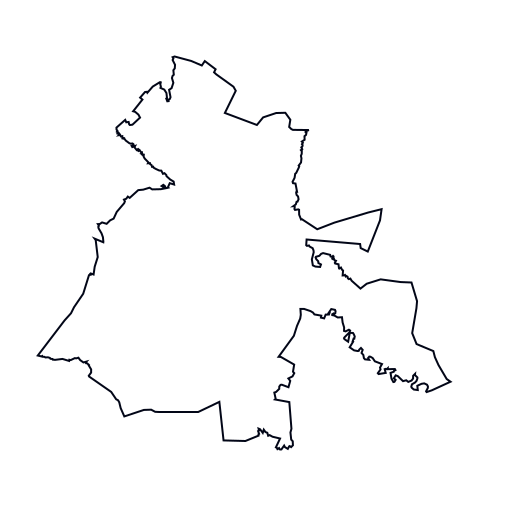 Ayala, Morelos, Mexico (orthographic projection), rotated 276°
{"feature_id": "50627088B86852114099424", "entity_name": "Ayala", "entity_type": "district", "adm_level": 2, "iso_a3": "MEX", "parent_name": "Mexico", "parent_adm1": "Morelos", "projection": "orthographic", "projection_center": [-98.965, 18.698], "detail": "fine", "context": "isolated", "style": "outline", "palette": "ink", "viewbox_px": 512, "rotation_deg": 276, "n_neighbors": 0, "source": "geoboundaries", "source_scale": "gbopen_adm2", "svg_char_len": 6077}
<svg xmlns="http://www.w3.org/2000/svg" viewBox="0 0 512 512"><g transform="rotate(276 256 256)"><path d="M369.1,103.8L367.1,104.1L366.0,105.1L365.1,104.7L364.9,105.4L363.3,105.3L363.1,106.3L363.8,106.8L362.7,107.9L361.9,107.2L362.2,108.2L360.8,109.1L361.2,110.5L359.6,110.7L359.5,111.9L358.9,111.5L358.7,113.0L357.2,114.4L354.9,118.3L354.6,119.6L355.0,121.4L354.4,122.4L353.4,122.8L352.5,120.8L351.4,121.6L352.7,124.2L351.5,123.7L349.0,126.2L350.6,128.2L348.6,127.1L348.4,128.0L347.6,127.7L349.1,129.2L347.2,130.8L347.3,131.7L346.3,131.9L345.8,131.3L345.3,132.8L344.8,132.4L344.4,133.1L344.7,133.8L343.2,133.8L341.3,135.1L337.8,139.3L336.9,138.9L337.2,140.9L336.3,141.1L335.5,142.6L333.8,143.3L334.1,144.4L333.1,145.0L332.1,147.3L330.9,150.8L331.0,152.9L328.0,154.9L328.8,156.3L327.2,158.3L326.0,158.7L323.1,162.7L321.4,166.3L318.5,167.1L319.4,162.6L315.1,161.2L314.8,161.6L314.0,159.3L316.1,158.0L317.1,156.4L315.7,154.8L313.8,158.6L312.5,154.4L311.4,145.8L312.8,143.0L310.2,136.9L309.2,132.0L300.6,124.3L301.7,122.3L299.4,121.0L298.3,118.8L296.7,119.9L294.8,119.4L285.3,112.9L278.3,110.5L276.2,107.2L272.4,104.1L273.3,99.4L271.5,97.3L271.2,95.4L269.6,96.6L268.5,96.1L267.0,96.6L262.4,100.0L258.7,101.8L254.3,102.7L253.7,102.7L256.4,93.7L255.1,94.9L238.4,98.7L228.5,96.7L220.6,96.4L221.4,93.4L221.0,93.0L220.1,93.5L219.5,91.9L200.4,88.1L186.1,80.4L179.7,78.0L172.0,72.4L134.2,49.4L133.7,53.0L134.2,53.8L133.5,54.2L133.6,56.2L133.1,57.1L133.5,59.7L133.1,61.7L132.3,62.3L132.3,64.4L131.7,64.7L131.7,67.0L133.4,74.3L132.1,81.1L133.3,81.2L133.1,82.6L135.5,86.5L135.4,87.9L136.3,90.0L134.1,92.0L132.1,95.5L133.2,98.3L132.4,97.7L131.6,98.2L131.6,99.3L130.3,101.0L130.8,101.7L129.7,101.1L126.0,103.9L122.8,104.2L119.4,102.2L118.7,102.6L105.7,126.2L98.9,131.9L98.1,133.9L96.2,135.3L90.6,137.3L82.7,141.8L91.2,160.6L92.2,167.8L90.5,172.0L90.7,175.4L94.8,214.8L107.1,234.8L69.2,243.0L70.9,264.8L77.6,277.3L78.9,277.1L79.4,277.7L82.1,276.4L82.8,277.2L84.6,276.6L84.1,278.2L80.8,281.2L84.1,281.9L81.9,283.8L81.4,285.7L78.5,286.9L79.3,288.3L78.0,291.3L77.0,299.0L67.8,295.8L67.5,296.7L66.2,297.5L67.4,299.0L66.2,299.7L66.1,300.5L66.3,301.5L70.4,303.8L69.0,304.7L67.5,307.8L70.2,308.9L70.5,309.4L69.6,310.9L71.6,312.5L75.6,311.9L77.1,310.2L84.1,308.7L87.9,309.3L114.2,304.4L115.3,289.9L116.0,290.5L122.1,288.5L122.9,290.2L126.3,293.0L128.6,292.8L130.4,293.9L130.7,295.1L128.9,302.0L135.4,303.1L137.6,301.0L140.1,304.9L143.5,306.3L144.8,304.9L152.0,305.3L158.2,291.3L158.1,289.0L180.6,302.0L190.8,304.1L198.4,306.5L202.2,306.7L208.0,305.7L208.4,309.3L206.9,316.0L205.7,318.6L204.0,320.2L203.5,327.2L201.5,327.0L201.1,330.3L205.0,331.4L205.4,334.7L207.2,335.1L207.2,334.3L211.1,336.4L210.7,340.2L209.4,340.9L207.3,340.8L206.4,339.6L206.9,339.1L206.0,337.9L205.2,338.0L205.0,340.1L203.4,343.7L204.1,347.9L198.9,349.1L194.2,351.1L190.7,351.4L190.4,353.0L192.4,356.1L191.7,357.4L189.8,356.9L184.5,352.6L183.5,352.1L182.6,352.6L180.4,356.6L189.4,357.3L189.6,360.5L188.3,361.5L186.3,362.6L184.1,362.4L184.1,361.7L181.0,361.0L180.8,361.5L175.0,358.7L172.4,363.4L172.1,367.3L172.5,368.2L173.6,368.4L175.5,370.0L173.8,371.9L170.6,371.1L168.8,373.1L165.7,374.0L164.6,375.2L164.6,379.4L166.3,378.2L167.8,379.2L167.8,380.3L166.7,382.7L163.7,385.2L161.7,392.6L158.0,391.0L156.2,391.7L152.2,389.4L151.4,390.3L153.3,397.2L156.9,395.8L157.3,396.7L157.1,397.8L158.1,398.7L157.2,398.7L158.1,405.9L157.1,406.6L156.2,405.3L155.3,405.1L153.8,402.0L148.1,403.6L145.0,405.8L145.3,406.8L147.4,407.8L148.8,405.9L151.9,407.4L151.4,409.5L146.9,415.3L148.1,418.4L146.7,420.6L148.4,423.7L150.5,425.0L153.3,424.8L155.4,426.5L154.2,426.5L152.1,429.2L151.0,429.3L148.6,428.7L146.8,427.4L144.7,424.5L142.2,424.1L141.3,424.6L139.7,426.9L139.6,430.9L143.8,430.0L146.2,434.0L146.9,436.6L145.9,439.5L144.3,440.6L142.8,440.7L139.2,439.3L138.5,439.9L140.8,444.9L151.3,462.6L153.6,458.5L166.6,448.9L174.1,444.5L180.0,442.3L185.2,424.9L195.6,419.4L220.8,421.0L227.9,420.9L245.9,413.4L245.2,402.6L245.8,382.4L240.0,369.0L234.5,363.3L241.4,353.7L243.4,352.2L242.7,350.8L243.4,349.7L245.0,349.2L245.5,348.1L245.0,347.4L246.4,346.6L247.1,347.2L246.0,345.9L245.7,344.2L250.7,344.1L251.3,343.0L253.4,341.7L252.2,340.1L252.5,339.8L256.4,338.9L256.8,335.5L257.4,335.1L259.6,336.0L259.9,334.6L262.2,333.4L261.0,332.7L261.3,332.1L263.7,333.1L264.1,332.6L263.1,331.8L263.3,330.2L264.9,329.6L265.9,322.4L264.9,320.5L262.8,319.0L261.5,315.7L260.9,315.4L259.2,316.2L257.3,318.4L255.5,318.8L254.4,321.5L251.8,320.9L251.7,316.2L252.6,313.5L258.5,311.9L265.8,313.0L267.6,312.6L269.7,311.5L271.0,308.3L272.0,307.6L271.4,305.6L272.0,304.8L277.7,304.6L278.8,358.3L274.8,359.3L272.1,366.7L304.4,375.6L315.7,376.0L311.0,363.1L297.4,330.5L289.0,314.1L297.4,297.8L297.0,297.0L301.6,294.6L306.5,294.0L306.8,293.2L305.9,290.0L306.8,289.3L309.0,289.4L309.7,289.0L309.5,288.0L311.5,290.2L314.2,290.7L314.4,291.6L316.9,292.4L319.6,291.6L321.0,290.0L323.1,289.3L324.2,289.5L324.2,290.1L332.2,287.7L332.3,285.2L333.6,284.6L337.8,286.2L341.9,286.4L342.8,287.3L348.3,289.3L349.8,289.6L350.4,289.0L353.7,291.0L357.9,291.0L360.3,290.2L362.4,290.8L366.1,290.5L365.5,290.1L366.0,289.6L367.1,290.8L368.8,289.7L370.0,290.7L371.2,290.8L372.0,290.0L373.5,290.8L374.6,289.6L376.7,292.2L380.2,291.7L381.7,293.1L383.9,293.3L384.2,292.4L385.0,292.3L386.8,295.4L385.3,279.5L385.9,277.9L387.8,275.5L395.1,275.9L401.5,270.2L400.3,261.1L394.6,248.6L386.4,243.2L395.0,210.1L418.2,218.6L422.0,215.9L432.5,197.5L434.3,195.1L437.5,196.3L444.5,184.7L439.8,182.2L443.2,171.2L445.9,154.2L445.0,152.3L443.8,153.2L442.2,152.6L437.7,155.5L434.1,155.6L432.1,154.4L427.7,155.3L426.4,154.2L424.2,153.8L419.6,155.7L414.1,154.5L412.2,152.2L405.0,154.4L403.2,153.9L402.4,152.7L400.9,152.9L400.6,151.6L403.2,150.3L403.7,151.0L408.7,149.9L411.9,147.4L413.2,143.4L414.5,143.7L417.6,142.6L418.3,143.2L418.9,143.0L418.8,142.2L413.7,135.6L407.0,130.9L407.9,130.4L407.5,128.5L401.4,124.2L399.7,126.7L387.1,118.7L386.7,120.8L384.3,124.3L381.5,126.2L373.7,119.4L373.3,117.9L373.1,116.8L373.7,116.1L376.0,115.3L375.4,113.0L377.7,111.7L369.1,103.8Z" fill="none" stroke="#020617" stroke-width="2"/></g></svg>